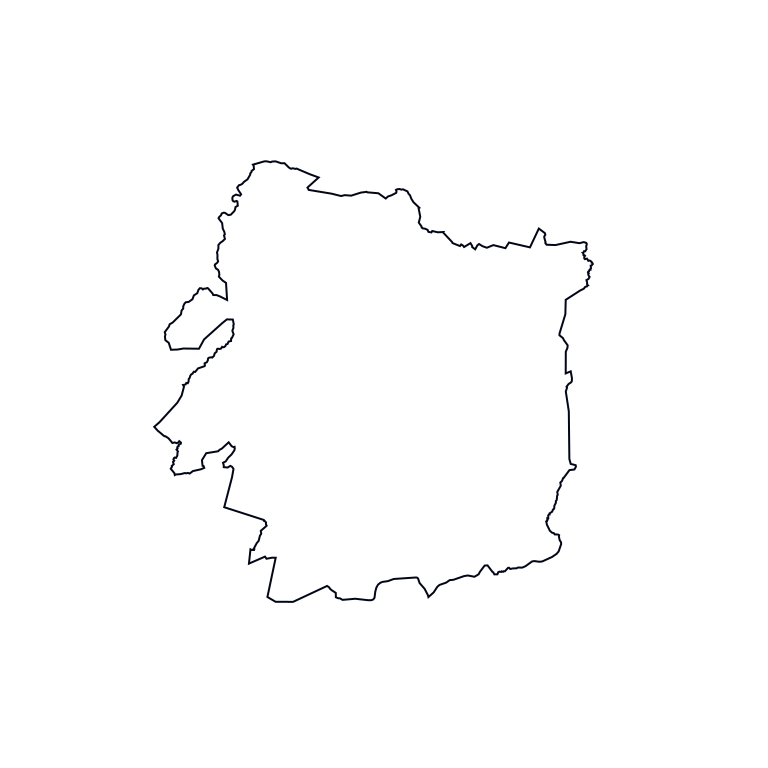 Edenderry Lea-6, Offaly, Ireland, rotated 130°
{"feature_id": "5873133B48901885331675", "entity_name": "Edenderry Lea-6", "entity_type": "district", "adm_level": 2, "iso_a3": "IRL", "parent_name": "Ireland", "parent_adm1": "Offaly", "projection": "orthographic", "projection_center": [-7.208, 53.279], "detail": "fine", "context": "isolated", "style": "outline", "palette": "ink", "viewbox_px": 768, "rotation_deg": 130, "n_neighbors": 0, "source": "geoboundaries", "source_scale": "gbopen_adm2", "svg_char_len": 6166}
<svg xmlns="http://www.w3.org/2000/svg" viewBox="0 0 768 768"><g transform="rotate(130 384 384)"><path d="M221.4,489.8L222.6,494.5L223.9,495.6L224.7,497.5L226.3,499.0L227.6,499.6L228.5,498.2L229.7,497.5L234.7,499.6L237.8,501.5L240.8,501.9L241.5,510.9L247.9,520.0L247.9,520.8L252.3,524.8L260.8,530.2L264.6,535.5L267.6,537.7L271.9,546.5L283.7,566.4L282.7,568.9L267.8,566.8L271.1,576.0L275.2,589.5L276.0,589.9L277.5,592.7L278.7,593.4L279.1,594.2L279.3,596.2L278.8,602.1L281.0,604.6L283.1,610.1L285.5,612.7L287.0,613.4L288.8,617.0L290.4,618.8L300.2,625.4L300.6,624.1L303.0,621.7L305.8,622.4L306.8,621.8L308.7,621.8L309.8,621.0L315.0,620.1L319.2,621.2L321.6,621.2L323.4,621.8L325.0,622.9L328.0,622.7L329.2,620.0L330.5,615.4L332.3,615.3L334.0,619.1L337.1,620.3L338.6,620.0L340.5,618.3L340.9,616.8L340.4,615.7L338.6,614.7L338.4,613.7L341.4,610.6L343.9,611.5L346.2,610.2L347.9,609.8L352.8,610.2L354.7,611.8L355.1,615.8L355.8,616.9L357.6,617.9L359.7,617.3L362.0,617.6L363.4,617.3L364.8,611.4L368.6,607.4L370.1,604.1L371.7,602.1L373.0,602.1L375.1,599.1L378.3,599.4L381.1,600.2L384.0,600.2L386.7,597.9L390.7,596.4L392.1,594.6L395.3,592.0L396.7,589.9L398.5,589.7L401.1,590.3L402.0,589.9L403.5,587.1L403.2,584.5L404.1,582.5L406.1,580.4L407.9,579.5L408.5,574.3L408.1,570.0L420.5,558.2L422.4,566.1L423.5,569.4L425.6,572.0L424.9,573.4L423.8,580.2L424.1,581.2L425.0,581.4L426.6,583.1L428.0,583.5L427.9,585.1L428.9,586.6L431.0,586.7L434.5,585.4L438.3,586.6L442.2,585.2L446.7,586.4L448.8,588.4L450.7,588.5L453.4,587.8L455.3,586.3L457.8,586.3L461.2,584.3L472.8,585.4L476.0,586.6L478.2,585.7L485.2,585.3L486.5,583.3L488.6,582.2L491.0,579.6L490.8,575.4L494.7,569.2L490.4,564.4L485.8,560.5L475.9,548.4L465.5,550.5L441.7,547.1L435.5,545.9L431.8,541.2L434.9,537.4L436.0,537.1L437.8,535.4L440.7,534.4L442.6,531.1L446.6,530.1L447.3,530.4L449.4,528.8L451.4,530.3L454.0,529.6L455.1,530.4L456.9,529.9L458.5,530.2L459.5,531.1L459.6,531.9L461.8,531.7L463.1,532.7L463.7,534.0L464.7,534.3L467.0,533.0L469.3,533.4L471.8,532.3L474.2,532.6L474.3,533.2L476.2,534.9L477.5,535.2L479.2,534.1L481.2,533.7L483.5,534.7L485.0,533.0L485.7,532.9L491.6,536.5L496.1,536.4L496.9,537.6L499.2,537.3L500.3,537.8L501.9,537.8L504.3,536.8L505.7,536.8L507.7,535.3L509.5,534.8L510.2,536.1L511.9,535.7L513.9,537.3L514.6,535.5L522.9,531.6L531.2,530.3L557.4,531.4L564.5,532.5L565.2,527.4L565.2,518.7L564.5,517.8L564.1,514.1L565.2,508.2L563.3,506.7L562.5,504.7L561.0,504.0L559.4,504.1L559.4,501.9L560.3,501.3L562.5,502.2L563.8,501.3L564.6,501.9L565.8,501.4L566.2,500.6L567.6,500.8L568.1,498.5L569.1,498.2L571.7,496.3L574.3,495.8L574.8,497.0L575.9,497.3L577.3,496.7L577.6,495.4L579.4,495.5L580.6,493.5L583.2,493.9L583.7,493.2L586.0,492.9L587.0,487.4L588.2,485.7L587.2,485.4L583.7,481.8L580.3,479.4L579.6,478.1L578.2,477.1L577.5,475.3L573.5,474.4L567.0,469.4L563.8,467.8L562.8,469.5L563.3,470.4L559.4,474.5L551.3,475.7L542.1,467.8L540.2,467.7L537.8,466.7L528.5,465.5L529.6,460.7L529.0,458.6L528.2,458.1L529.4,456.8L531.0,456.0L536.0,455.5L540.6,456.0L545.0,455.5L547.8,456.7L549.1,454.7L550.7,453.3L548.5,450.1L545.5,449.1L545.1,447.1L545.8,444.7L553.1,440.5L581.1,427.2L565.4,388.7L566.0,388.1L565.6,387.2L565.9,385.4L567.3,384.3L568.0,382.8L575.7,384.0L577.6,381.8L580.0,381.5L584.7,379.2L587.7,379.2L593.0,378.1L593.6,377.4L594.1,377.8L594.8,377.0L596.3,378.9L596.5,380.0L608.4,372.0L592.7,364.2L593.4,361.7L589.0,358.1L586.7,355.3L622.1,336.4L620.5,327.0L609.3,313.6L575.3,297.8L575.0,295.1L575.5,294.2L575.6,291.5L575.0,286.7L578.3,283.8L577.7,281.7L576.5,279.9L576.0,277.0L567.0,268.0L559.9,257.3L557.8,254.8L556.1,253.8L554.0,253.8L548.5,257.3L544.8,259.0L541.5,259.6L538.5,259.0L536.5,257.9L532.5,254.3L527.1,251.2L512.0,235.5L511.1,234.3L511.1,232.9L513.6,228.8L514.8,221.2L517.6,214.5L518.7,213.0L511.7,212.0L505.0,212.8L502.2,212.3L496.2,208.7L492.0,207.6L489.4,205.0L479.7,199.2L476.8,196.7L473.5,190.8L469.0,189.2L466.2,189.8L458.4,190.2L456.4,188.1L458.2,180.2L458.0,179.3L458.9,177.1L456.9,174.8L454.6,175.5L453.3,174.7L452.7,173.5L451.8,173.4L451.4,172.1L450.6,172.0L449.7,171.0L445.1,170.8L444.4,170.1L444.6,168.4L442.6,166.9L440.0,164.0L438.5,163.4L435.8,160.1L432.6,158.5L424.7,156.5L423.0,155.0L420.3,150.7L418.2,148.7L408.5,144.1L403.2,142.6L400.0,142.6L392.7,145.4L391.4,146.7L390.8,148.9L388.5,151.9L387.2,152.7L387.5,154.0L389.5,156.6L389.1,158.0L389.9,159.8L389.8,162.6L387.1,168.7L385.0,171.4L384.2,171.0L383.4,171.6L382.7,171.4L381.9,172.6L381.2,171.9L379.2,173.7L377.8,173.8L377.4,173.3L376.6,174.0L373.7,173.1L371.7,173.9L371.1,173.5L369.4,173.9L367.9,175.2L364.5,176.0L363.2,177.1L361.7,177.2L358.4,179.5L357.2,179.7L355.3,181.9L348.3,183.2L346.1,185.6L343.9,185.3L341.0,186.3L340.6,186.0L330.8,186.6L327.1,183.2L324.0,183.8L323.0,185.0L325.2,189.6L322.3,193.8L286.1,224.9L272.9,239.9L269.0,241.5L268.8,242.4L265.4,242.6L262.3,241.7L260.8,242.1L258.7,243.8L254.3,249.1L259.1,251.6L242.4,265.5L238.4,266.7L236.3,268.2L234.7,274.5L233.8,276.4L233.9,280.9L232.5,282.0L214.0,289.9L202.7,298.9L186.2,293.8L182.6,292.2L180.3,292.3L178.6,291.2L177.8,291.7L177.3,291.3L177.1,292.5L175.7,293.6L174.3,295.7L172.2,294.9L169.8,295.3L169.4,297.1L168.3,298.4L167.6,298.3L167.3,299.6L166.5,299.8L165.8,299.4L164.7,299.9L163.9,299.4L163.8,299.9L162.4,299.8L160.5,301.7L160.0,301.2L157.8,301.2L157.4,302.1L157.6,302.9L157.0,303.4L157.0,305.1L157.6,306.4L158.3,306.7L157.5,309.1L159.2,310.4L159.0,311.4L157.6,312.5L156.6,312.4L156.5,313.1L157.0,314.1L155.7,315.4L155.7,316.1L155.1,315.8L153.7,316.1L153.1,315.2L150.5,315.5L148.6,317.6L146.4,318.6L145.9,319.8L146.9,322.2L150.5,324.8L155.1,332.5L167.4,342.0L172.8,349.0L172.3,351.1L171.5,351.4L168.8,355.4L167.9,356.1L166.0,356.3L165.0,357.8L165.4,365.3L185.5,360.0L195.3,379.2L201.9,378.3L207.3,389.5L213.5,392.8L215.1,397.1L215.7,401.2L217.8,401.6L222.2,400.7L222.4,404.5L221.6,405.1L220.5,408.3L227.6,410.7L227.2,412.4L227.5,414.6L229.5,414.5L232.0,422.1L231.5,422.9L229.9,436.4L229.6,436.4L233.2,440.3L235.8,445.4L237.4,445.1L238.9,447.7L237.9,449.7L238.7,452.5L239.9,454.4L239.9,455.8L239.2,456.5L238.0,461.1L232.6,463.7L227.1,470.5L226.3,470.2L225.8,478.2L224.5,482.2L222.7,485.4L222.5,487.4L221.4,489.8Z" fill="none" stroke="#020617" stroke-width="2"/></g></svg>